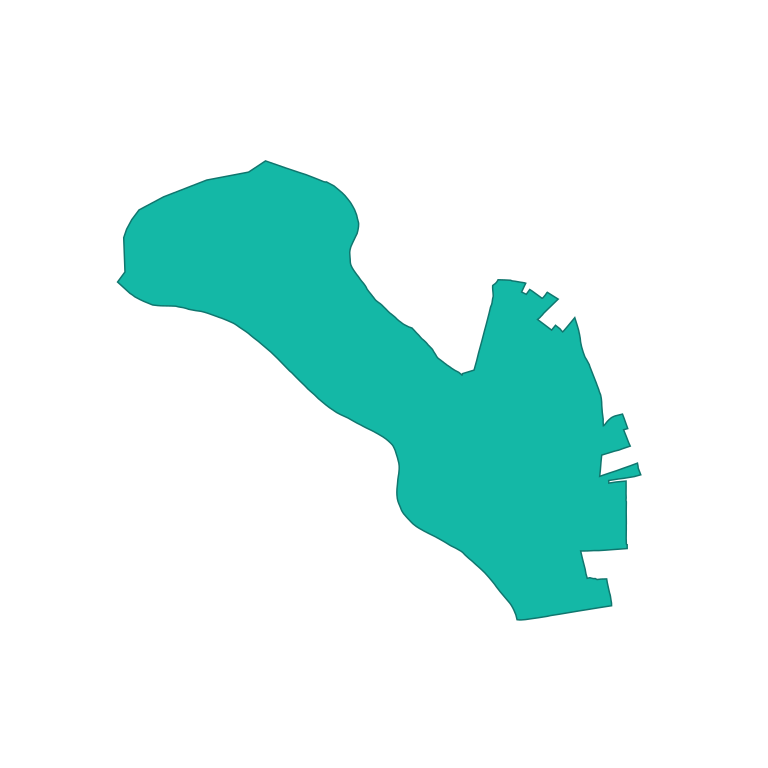 Kim Son, Ninh Bình, Vietnam (Albers equal-area conic projection), rotated 114°
{"feature_id": "81297802B55928452292311", "entity_name": "Kim Son", "entity_type": "district", "adm_level": 2, "iso_a3": "VNM", "parent_name": "Vietnam", "parent_adm1": "Ninh Bình", "projection": "albers", "projection_center": [106.082, 20.036], "detail": "fine", "context": "isolated", "style": "filled", "palette": "teal", "viewbox_px": 768, "rotation_deg": 114, "n_neighbors": 0, "source": "geoboundaries", "source_scale": "gbopen_adm2", "svg_char_len": 6142}
<svg xmlns="http://www.w3.org/2000/svg" viewBox="0 0 768 768"><g transform="rotate(114 384 384)"><path d="M545.2,166.6L544.5,164.5L543.7,162.7L541.7,159.0L534.8,148.0L529.8,140.3L527.7,137.5L522.8,129.9L512.0,113.6L506.6,105.3L500.9,96.6L494.7,87.0L494.0,85.9L491.5,87.1L489.3,88.6L485.8,90.8L484.7,91.6L483.2,92.9L479.2,95.9L474.7,99.2L471.5,101.3L473.9,106.3L476.0,109.9L475.8,111.8L475.9,112.1L476.5,113.2L476.8,114.4L477.1,116.2L477.2,117.0L477.4,117.4L478.9,119.3L477.5,120.4L475.4,122.2L473.8,123.3L471.4,124.9L463.2,131.4L456.6,136.4L453.8,130.4L450.6,124.1L448.7,119.8L446.3,115.2L441.4,106.1L436.7,97.3L435.4,94.9L431.9,96.5L432.0,97.0L431.8,97.3L431.6,97.5L426.7,99.9L423.7,101.2L420.0,102.8L418.1,103.6L413.9,105.5L413.5,105.6L408.0,108.1L402.1,110.8L393.0,114.7L391.9,115.6L389.4,116.5L385.7,118.3L379.7,120.9L378.8,121.3L374.2,123.4L379.1,132.1L383.1,138.3L380.8,139.5L375.4,131.2L372.9,127.0L366.8,117.7L362.5,112.5L357.4,117.6L355.6,118.6L353.2,120.3L358.5,125.7L363.4,130.9L368.6,136.3L373.3,141.5L378.1,146.7L380.7,149.4L374.7,151.3L366.8,154.1L360.4,156.2L351.9,146.5L348.8,142.5L346.8,140.5L345.2,138.8L340.6,133.8L338.1,136.6L333.8,140.9L332.7,142.0L331.4,143.4L328.3,146.5L325.6,143.2L317.8,150.6L316.0,152.4L314.5,153.9L319.1,159.8L320.1,160.8L321.5,162.0L322.7,162.8L324.8,163.8L327.4,164.8L331.4,165.8L332.6,166.3L332.9,166.6L329.5,168.4L327.1,169.4L323.0,171.9L321.2,173.0L315.1,176.3L312.0,177.8L309.0,179.5L305.8,181.7L303.6,184.0L301.6,185.7L298.2,189.1L297.0,190.2L291.5,195.8L284.8,202.6L284.3,203.1L283.5,203.8L282.8,204.4L281.8,205.7L279.8,208.3L279.4,208.8L278.7,209.8L278.0,210.9L277.3,211.7L276.7,212.3L274.0,214.9L269.8,218.5L266.5,220.9L265.3,221.7L262.5,223.3L258.8,225.8L258.2,226.3L255.8,228.0L252.0,231.2L245.8,236.7L256.5,239.7L258.9,240.4L262.9,241.6L263.7,242.0L262.9,244.0L262.4,244.9L262.0,245.7L260.8,250.5L260.6,251.2L266.6,252.8L264.7,260.8L262.6,270.0L259.8,268.6L258.5,268.2L256.1,267.3L254.7,267.0L248.3,264.5L246.6,263.8L235.6,259.4L233.9,271.5L233.8,272.1L234.0,272.2L234.2,272.3L237.4,272.9L239.8,273.6L240.8,274.0L241.2,274.2L241.4,274.6L240.7,277.7L238.8,286.6L238.4,289.3L244.2,290.5L244.0,295.7L236.8,295.6L234.3,295.5L234.4,296.7L235.0,299.0L235.4,300.4L236.8,306.0L237.7,309.0L237.7,310.4L238.1,311.5L239.8,315.9L242.4,322.2L243.0,322.2L243.7,322.3L244.4,322.4L245.3,322.6L246.5,323.0L247.2,323.3L249.5,324.6L249.9,324.7L250.1,324.7L250.7,324.4L251.7,324.0L253.3,323.2L256.3,321.5L259.0,320.1L259.3,320.0L259.8,319.8L260.4,319.7L261.7,319.5L263.5,319.0L266.0,318.3L267.1,318.1L267.8,318.0L269.2,318.0L270.6,317.9L276.4,316.8L288.3,314.8L294.2,313.9L305.0,312.1L317.4,310.2L325.2,308.8L334.7,307.4L342.6,316.5L343.8,316.3L344.1,316.4L343.9,316.9L343.9,317.1L343.6,318.2L343.4,318.9L343.2,319.5L342.9,320.6L342.9,321.1L342.7,324.7L342.6,325.4L342.3,327.3L342.1,328.7L341.7,330.3L341.5,331.5L341.2,333.2L341.0,334.5L340.6,335.8L340.4,337.0L340.1,338.1L339.7,339.5L339.6,340.2L339.2,341.7L338.8,343.7L338.4,345.2L338.3,345.6L338.1,345.9L337.9,346.3L337.5,347.0L337.1,347.6L336.5,348.3L335.3,350.1L334.4,351.5L333.3,353.0L332.8,353.6L332.4,354.4L332.0,355.3L331.6,356.4L331.0,357.8L330.5,359.3L329.6,361.0L329.0,362.3L328.4,363.9L327.8,365.7L327.2,367.9L326.5,369.5L325.2,372.2L324.1,375.1L322.8,378.0L321.9,380.2L321.5,381.0L321.6,382.8L321.8,384.7L321.7,386.0L321.6,388.2L321.5,389.8L321.4,390.5L321.3,391.3L320.7,393.7L320.2,396.0L319.5,398.4L318.6,400.6L317.9,403.0L317.4,404.9L317.1,405.9L317.0,406.6L316.8,407.4L316.4,408.6L315.7,410.5L315.0,412.1L314.4,413.7L313.7,415.6L312.8,417.9L312.4,419.2L312.1,420.3L311.7,422.4L311.3,424.0L311.0,425.2L310.6,426.2L309.8,427.7L309.1,428.8L308.5,430.2L308.2,430.6L307.2,432.5L305.8,435.3L304.9,436.9L304.2,438.1L303.4,439.0L302.5,440.1L301.6,441.5L300.5,443.4L300.2,444.0L299.2,446.1L298.2,448.0L296.3,451.1L295.0,453.6L293.4,456.3L292.5,457.8L290.8,460.3L289.8,461.5L288.8,462.6L288.1,463.2L287.4,463.7L286.8,464.1L285.9,464.6L283.9,465.6L281.7,466.8L279.6,467.9L277.6,468.9L276.3,469.3L275.2,469.6L273.9,469.8L272.1,470.1L270.0,470.1L267.6,470.1L264.2,470.0L260.5,469.9L258.2,469.8L257.2,469.8L255.8,470.1L254.9,470.2L252.8,470.7L250.6,471.3L248.0,472.3L247.0,472.9L244.6,474.8L243.9,475.4L240.8,477.7L236.8,481.7L234.1,485.2L231.8,488.5L229.7,492.4L227.8,496.2L226.3,500.1L223.4,510.2L222.9,517.4L222.8,518.3L222.9,519.1L223.4,519.7L223.7,521.5L223.9,527.7L224.2,534.5L224.5,540.5L225.2,546.9L226.6,561.5L228.4,583.0L245.5,593.9L269.8,628.9L302.7,661.5L324.6,678.6L336.5,681.3L347.3,682.1L356.2,681.3L387.0,666.2L399.2,668.9L404.5,653.0L405.0,649.9L405.7,647.1L406.1,641.3L406.2,637.1L406.0,630.6L405.9,627.5L404.4,622.7L403.2,619.4L399.4,610.4L397.6,605.9L397.1,603.0L395.9,598.4L395.4,595.3L395.2,592.9L393.6,586.1L392.0,580.6L391.4,576.9L391.0,573.5L390.3,563.9L390.2,562.0L390.2,561.9L389.9,559.1L389.8,555.8L389.7,552.8L389.7,549.7L389.7,547.0L389.8,545.2L390.2,542.6L390.9,539.3L392.2,531.8L392.9,528.5L393.8,525.5L394.8,521.9L396.1,516.4L400.8,500.4L404.0,491.6L410.5,475.4L411.2,472.9L413.6,466.9L415.6,461.7L417.7,455.9L419.7,451.0L422.1,443.2L424.1,437.9L426.8,428.4L427.8,424.2L429.3,415.8L429.6,411.3L429.7,403.0L430.1,399.2L430.7,392.9L430.9,388.2L431.1,386.2L431.3,382.9L431.5,376.0L432.0,369.7L432.7,363.6L433.4,360.0L434.1,357.4L435.1,354.4L436.1,351.9L437.0,350.4L438.3,348.8L440.1,346.8L440.2,346.7L443.3,344.0L446.0,341.6L448.2,339.9L450.2,338.3L452.7,336.8L454.9,335.8L455.9,335.4L460.0,334.0L461.3,333.7L465.3,332.6L470.2,330.9L474.5,329.5L477.7,328.2L480.2,327.0L483.3,325.2L485.4,323.6L487.2,321.9L489.7,319.2L491.7,317.2L492.6,316.2L494.1,314.0L494.7,313.0L496.5,309.1L497.2,307.5L499.2,302.7L500.0,300.6L501.0,296.6L501.5,293.3L501.8,290.1L502.1,287.1L502.4,281.6L502.6,276.1L503.0,270.8L503.5,265.7L503.8,263.1L504.4,258.9L504.6,257.1L504.8,251.6L505.4,245.7L505.9,243.5L506.3,242.6L507.4,239.9L508.9,235.3L509.8,232.0L511.6,226.6L513.4,220.9L515.4,215.3L518.0,209.5L520.4,204.6L522.0,201.5L523.5,199.0L524.9,196.4L526.6,193.2L529.9,186.4L533.1,179.8L533.7,178.8L534.8,177.1L536.3,175.1L537.7,173.4L539.4,171.6L541.3,169.6L544.4,167.2L545.2,166.6Z" fill="#14b8a6" stroke="#0f766e" stroke-width="1.5"/></g></svg>